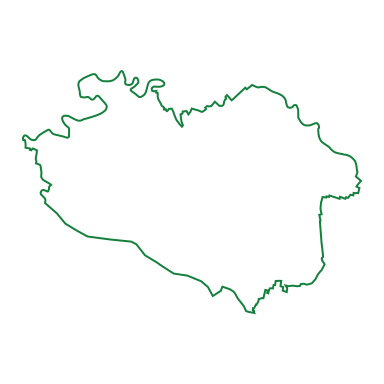 outline of Me Linh, Vĩnh Phúc, Vietnam
{"feature_id": "81297802B91668671895601", "entity_name": "Me Linh", "entity_type": "district", "adm_level": 2, "iso_a3": "VNM", "parent_name": "Vietnam", "parent_adm1": "Vĩnh Phúc", "projection": "orthographic", "projection_center": [105.703, 21.181], "detail": "fine", "context": "isolated", "style": "outline", "palette": "green", "viewbox_px": 384, "rotation_deg": 0, "n_neighbors": 0, "source": "geoboundaries", "source_scale": "gbopen_adm2", "svg_char_len": 5848}
<svg xmlns="http://www.w3.org/2000/svg" viewBox="0 0 384 384"><path d="M62.1,118.5L62.6,120.5L63.6,122.5L65.3,124.9L68.7,127.8L69.1,128.8L69.0,136.5L68.9,136.7L68.5,137.2L67.7,137.7L66.5,137.6L63.6,136.6L54.4,134.4L52.6,133.6L51.7,132.6L49.9,130.4L49.3,129.8L48.2,129.8L47.0,130.4L43.2,132.6L39.4,135.1L37.6,137.0L35.9,139.5L34.3,140.2L32.8,140.1L31.1,139.6L29.7,138.6L27.7,136.7L26.3,135.6L25.5,135.4L24.9,135.4L24.2,135.8L23.5,136.5L23.1,137.5L23.0,138.7L23.3,140.1L24.3,139.9L24.7,140.0L25.0,140.3L25.3,141.7L25.6,144.4L25.6,146.3L25.5,147.7L25.9,147.8L29.8,148.4L30.2,148.7L30.3,149.2L30.0,149.9L31.2,150.3L32.8,148.5L36.9,150.3L36.6,153.9L35.9,157.1L35.8,159.3L36.3,160.8L36.3,162.2L35.9,163.1L36.2,163.5L39.3,164.5L40.3,165.3L40.6,166.3L41.5,172.8L41.3,174.3L41.2,176.9L41.7,178.0L42.5,179.1L43.6,180.2L49.3,183.5L51.1,184.9L49.4,186.4L49.1,187.0L48.9,189.3L48.5,190.4L48.2,191.1L47.8,191.5L47.5,191.5L45.2,190.5L43.7,190.0L43.0,190.0L42.4,190.2L41.5,190.8L41.0,191.8L40.6,192.9L40.7,193.7L41.0,194.4L44.9,198.4L45.3,199.5L45.4,201.0L45.0,203.0L56.8,213.3L65.3,223.6L75.9,230.1L87.5,236.5L111.1,239.6L131.2,241.6L136.4,244.3L145.0,255.3L156.8,262.4L162.6,266.5L173.8,273.6L187.3,275.6L201.1,281.2L208.0,287.1L212.8,296.0L221.0,290.7L221.3,289.4L222.4,286.7L230.0,289.3L232.3,290.8L233.8,291.9L235.2,293.7L237.4,297.8L238.7,299.7L241.8,303.5L243.9,306.3L246.1,311.1L249.0,312.0L254.0,312.9L253.8,312.6L254.0,312.2L254.2,311.0L252.8,310.4L252.7,310.0L253.0,309.1L253.0,308.4L253.7,308.6L254.5,307.5L255.9,304.6L256.3,304.8L257.2,303.5L257.9,302.3L258.7,300.1L258.7,299.1L262.0,298.1L263.4,298.2L265.4,289.9L267.8,290.5L267.2,292.9L268.2,293.3L268.7,291.1L268.9,290.4L269.5,289.1L270.0,288.3L272.9,288.4L273.6,285.0L275.1,285.0L275.7,281.0L279.7,280.8L281.2,280.9L280.5,286.2L283.2,287.1L282.7,290.6L286.7,292.1L287.2,288.0L285.6,285.5L286.6,285.7L287.6,286.2L290.6,285.9L291.7,285.7L292.9,285.7L296.9,286.2L298.7,286.1L300.0,285.9L300.2,285.7L300.4,284.7L300.7,284.2L301.1,284.0L303.4,283.8L304.1,283.8L304.7,284.0L306.1,284.6L307.0,284.6L309.9,283.9L310.6,283.6L311.3,283.5L312.0,283.1L315.6,279.0L317.7,274.8L320.3,271.4L321.4,270.4L323.6,266.3L324.6,264.2L322.3,260.7L321.8,259.5L321.9,258.1L323.1,256.8L322.3,248.9L321.5,242.3L319.9,221.1L320.5,220.7L319.3,214.8L321.6,214.3L320.7,210.0L320.5,208.5L321.0,202.9L322.6,197.0L326.3,197.5L326.5,196.4L329.0,196.9L329.4,195.5L339.6,198.8L340.0,196.8L345.4,198.8L346.2,197.2L348.0,197.9L350.5,194.8L353.3,195.4L353.6,192.9L355.2,193.2L356.1,193.1L356.9,192.9L358.2,193.1L359.4,188.0L356.5,186.6L357.3,185.2L361.0,180.9L355.9,176.5L357.5,172.3L357.4,171.5L357.0,170.8L356.7,167.9L356.2,164.6L355.4,161.8L354.8,160.7L352.9,158.6L351.7,157.5L349.5,156.0L348.1,155.4L346.5,154.9L344.4,154.6L341.4,153.9L339.8,153.6L337.9,153.2L335.8,152.6L334.2,151.9L331.9,150.1L330.8,149.1L329.7,147.6L328.9,146.9L322.5,142.5L321.4,141.5L320.7,140.4L320.1,139.3L319.4,137.8L319.0,136.4L318.6,134.6L318.4,132.5L318.2,129.4L318.3,128.7L318.7,128.4L319.0,127.7L319.0,126.9L318.7,125.2L318.1,124.3L317.4,123.5L316.8,123.1L316.3,123.1L315.1,123.3L311.4,124.8L309.6,125.4L308.4,125.5L306.0,125.4L304.6,125.1L303.8,124.8L302.4,123.7L301.0,122.3L298.7,118.5L298.2,117.0L298.2,116.2L298.3,115.1L298.2,112.6L298.2,110.6L297.9,108.8L296.7,105.8L296.0,105.1L295.4,105.0L293.8,105.4L293.3,105.9L292.3,107.2L291.3,107.6L289.9,107.8L288.1,107.3L287.5,106.8L287.0,105.8L286.4,103.9L285.8,100.8L285.3,99.4L284.4,97.9L282.9,96.3L281.6,95.3L279.7,94.3L277.3,93.2L274.8,92.4L272.3,91.5L265.9,87.5L264.7,87.1L263.3,86.9L261.8,86.9L259.1,87.3L257.3,87.3L254.2,86.0L252.1,85.0L246.8,89.3L245.3,87.7L232.7,99.5L231.6,100.3L227.0,95.1L225.5,96.6L225.5,97.1L226.0,98.0L226.1,98.5L225.8,99.1L225.0,99.6L224.6,100.6L224.2,101.5L224.0,102.7L223.5,104.6L222.9,105.3L222.3,105.7L221.4,105.9L219.5,105.9L214.9,101.7L212.9,104.1L211.3,106.0L210.7,106.2L208.9,106.4L207.3,106.0L206.6,106.4L205.2,107.6L206.1,108.8L205.8,109.3L202.8,111.6L201.7,111.9L198.8,110.6L191.7,108.6L190.3,112.0L188.4,114.4L186.5,111.0L185.9,111.2L182.7,111.5L182.5,113.5L182.0,113.9L181.0,114.1L180.5,114.4L181.0,118.2L181.5,121.7L182.9,125.2L182.7,125.8L181.9,126.7L179.2,123.7L177.9,121.8L177.2,121.0L176.2,119.5L174.4,115.0L173.4,112.1L171.9,108.7L169.1,108.8L167.5,110.8L166.9,111.2L166.4,110.8L166.1,110.3L165.8,109.2L164.2,109.6L163.9,109.5L163.9,109.0L163.9,108.2L164.1,107.6L162.9,106.5L161.9,106.1L160.9,103.9L158.2,99.0L157.7,97.0L157.7,93.0L156.2,92.7L156.4,90.9L153.7,91.3L152.2,90.8L151.8,90.0L151.8,88.3L152.7,87.2L154.0,86.6L158.7,86.8L160.7,86.6L162.5,86.0L163.8,85.2L164.2,84.1L164.3,82.9L162.8,81.3L160.5,80.1L158.4,79.5L155.2,79.5L152.7,79.9L150.7,80.6L149.6,81.5L148.7,82.6L147.9,84.5L146.7,89.2L145.8,92.2L145.0,93.8L143.5,95.4L141.5,96.6L140.4,97.1L139.7,97.1L138.9,96.9L135.3,93.8L131.7,91.3L130.9,90.5L130.7,90.0L130.8,89.3L131.3,88.6L132.6,87.9L134.7,86.4L138.0,83.1L138.4,82.2L138.3,80.8L137.6,78.8L136.9,78.0L135.9,77.7L135.1,77.8L134.1,78.7L133.2,81.3L132.7,83.0L131.9,84.0L130.5,84.7L129.5,85.0L127.5,84.8L126.1,84.5L125.5,84.0L125.2,83.5L125.1,82.9L125.4,80.5L125.4,79.1L125.0,77.8L122.9,71.9L122.3,71.3L121.7,71.1L120.9,71.4L120.1,72.3L118.2,75.9L116.4,77.8L113.8,79.8L112.6,80.4L111.0,80.9L109.0,81.3L103.2,81.2L101.2,80.4L99.1,79.1L97.6,77.5L96.1,75.1L95.1,74.3L93.9,74.1L91.9,74.5L89.0,75.7L83.7,78.1L79.5,81.1L78.9,82.3L78.4,83.8L78.4,85.9L79.7,91.1L79.9,94.1L80.6,96.5L81.1,97.0L84.4,97.5L87.1,97.0L88.3,97.0L89.5,97.8L91.0,99.2L92.1,99.6L93.0,99.6L94.2,98.7L96.3,96.1L97.2,95.7L98.0,95.8L99.1,96.6L101.9,99.8L105.1,103.4L106.2,104.8L106.6,105.6L106.7,106.8L106.4,108.3L106.1,109.2L104.9,110.7L103.2,112.1L100.6,113.7L95.7,115.7L87.4,118.3L84.4,119.0L83.3,119.4L80.8,120.6L78.6,120.7L76.6,120.1L74.1,119.0L69.1,116.3L67.2,115.8L65.3,115.7L64.0,115.9L62.8,116.6L62.2,117.5L62.1,118.5Z" fill="none" stroke="#15803d" stroke-width="2"/></svg>